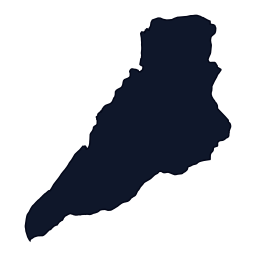 Nga, Oudômxai, Laos
{"feature_id": "54806243B37529885966132", "entity_name": "Nga", "entity_type": "district", "adm_level": 2, "iso_a3": "LAO", "parent_name": "Laos", "parent_adm1": "Oudômxai", "projection": "albers", "projection_center": [101.853, 20.179], "detail": "fine", "context": "isolated", "style": "filled", "palette": "ink", "viewbox_px": 256, "rotation_deg": 0, "n_neighbors": 0, "source": "geoboundaries", "source_scale": "gbopen_adm2", "svg_char_len": 5762}
<svg xmlns="http://www.w3.org/2000/svg" viewBox="0 0 256 256"><path d="M82.9,146.3L79.8,150.0L77.9,151.7L75.4,154.1L74.7,155.0L73.6,156.9L72.1,159.4L71.5,160.4L70.7,161.3L69.4,163.1L68.5,164.8L67.0,167.1L65.0,169.8L63.5,171.5L62.9,172.3L61.4,174.2L60.2,176.1L58.8,178.1L54.5,183.6L53.6,184.9L51.8,188.1L50.2,190.6L48.6,190.9L45.9,193.3L44.8,194.0L42.6,196.1L41.9,196.9L41.0,197.7L39.7,199.1L38.2,200.3L36.0,202.5L34.1,204.6L32.6,206.0L31.8,207.2L30.9,208.7L29.3,211.9L27.5,214.5L27.0,215.9L26.4,218.9L25.4,226.0L25.5,227.4L25.8,228.8L26.0,231.1L27.8,236.9L29.4,239.9L30.0,240.6L30.2,239.8L30.4,239.3L30.6,239.1L32.0,238.3L32.8,237.6L33.2,237.5L33.6,237.1L34.5,236.7L36.3,236.1L37.9,235.7L40.5,235.6L42.1,235.6L42.8,235.5L43.9,234.9L44.9,234.1L46.2,232.9L47.2,231.8L48.8,230.2L49.7,229.6L50.2,229.4L50.4,229.5L51.3,228.7L51.9,227.8L52.4,227.5L53.7,226.2L54.2,225.9L54.6,225.8L55.3,225.3L57.2,224.8L57.7,223.9L58.8,222.5L59.2,222.0L60.0,221.4L60.7,221.0L61.1,220.5L62.2,220.2L62.8,219.4L63.4,217.9L64.8,216.3L65.3,215.8L66.3,215.4L68.3,214.2L69.6,213.7L70.5,213.5L71.0,213.6L71.7,213.9L72.7,214.1L73.8,214.6L75.7,215.0L77.4,214.9L78.8,214.6L79.5,214.7L80.6,214.7L81.9,214.3L82.9,214.3L84.8,214.2L85.6,214.3L86.7,214.1L88.4,214.2L88.8,214.3L89.5,214.4L90.4,214.3L91.5,214.0L93.4,213.1L93.8,213.0L94.6,212.9L97.0,212.1L97.8,211.7L98.7,211.1L99.7,210.2L100.6,209.8L101.1,209.7L102.1,209.5L104.8,209.3L105.0,209.3L107.9,210.2L108.3,210.2L108.7,210.2L109.4,210.1L110.0,210.1L110.8,210.0L111.7,209.6L114.5,208.0L115.6,207.3L115.9,207.1L117.1,206.4L118.2,205.6L118.6,205.2L119.6,204.5L120.9,203.5L121.8,203.0L122.4,202.6L124.1,202.0L124.8,201.9L127.3,201.3L128.4,200.8L129.2,200.2L130.4,198.9L130.8,198.2L131.0,198.0L131.5,197.7L132.0,197.3L132.3,197.2L132.6,196.9L133.4,196.4L134.4,195.9L135.1,195.4L135.4,195.0L135.8,194.4L136.2,193.7L136.6,192.7L136.8,192.4L137.3,191.2L138.7,189.6L139.4,188.5L140.1,187.2L140.4,186.8L142.7,184.2L143.2,183.5L143.8,182.7L144.5,182.1L150.0,178.9L150.6,178.5L154.1,175.2L155.0,174.5L157.5,173.2L158.4,172.2L158.6,171.8L158.9,171.5L160.7,171.2L161.4,171.4L162.4,171.8L162.8,172.2L163.9,172.6L164.8,172.6L167.0,172.2L167.9,172.2L168.6,172.2L170.9,173.1L172.6,173.8L174.6,174.5L175.5,174.5L176.3,174.4L177.4,174.1L181.7,173.6L182.4,173.3L183.4,172.4L184.8,171.7L186.6,170.2L187.3,169.1L187.7,167.4L188.0,166.9L188.5,166.5L189.7,166.2L190.7,165.8L192.3,164.9L193.3,164.5L195.5,164.0L196.5,163.6L197.0,163.2L197.8,162.4L199.0,161.7L200.0,161.3L201.8,160.8L203.9,160.3L210.0,159.4L210.1,159.1L210.1,157.3L210.2,155.0L210.6,153.7L211.1,152.8L212.6,151.2L213.1,150.1L213.3,148.3L213.6,147.6L214.0,147.1L215.2,146.7L217.3,146.0L217.5,145.5L217.5,143.0L217.7,142.3L218.4,141.5L219.3,140.8L220.4,140.5L222.1,140.3L222.7,140.2L223.7,139.8L224.9,139.0L226.0,138.0L227.0,137.6L228.1,136.9L228.5,136.3L228.7,135.6L228.8,133.8L228.9,133.2L229.1,132.2L229.0,131.4L229.5,129.7L230.5,127.1L230.6,126.0L230.3,124.4L229.8,123.3L228.5,122.2L228.3,121.5L228.2,120.5L228.1,120.1L224.8,116.4L217.9,109.2L217.6,108.7L217.4,107.9L217.3,105.9L217.1,105.1L216.1,103.1L215.4,102.6L214.3,100.7L213.1,99.2L211.6,96.5L211.0,94.2L211.2,91.7L211.6,90.9L211.8,88.4L211.8,86.3L212.2,85.3L214.3,80.9L216.6,76.8L217.2,75.3L218.0,73.9L218.6,73.3L220.8,70.1L220.9,69.7L220.7,69.3L220.0,68.9L217.5,67.4L217.2,67.0L217.1,65.7L216.3,64.6L215.7,63.4L215.0,62.7L214.6,62.5L212.1,62.5L210.6,62.6L209.8,62.5L209.2,62.2L208.8,61.7L208.3,60.9L208.0,60.0L208.0,59.1L208.5,57.6L209.2,55.9L210.2,53.8L210.5,52.5L211.2,45.6L211.1,44.3L210.7,42.8L210.4,40.3L210.6,38.6L211.0,36.8L211.5,36.1L214.5,33.5L215.0,32.7L215.3,31.8L215.5,30.9L215.7,28.1L214.7,25.5L213.4,24.8L211.8,24.5L210.2,24.1L210.0,21.2L207.6,20.2L203.8,18.1L203.2,17.7L202.9,17.7L202.4,17.6L200.1,16.4L196.9,15.4L195.2,15.4L192.9,15.7L190.4,15.8L186.9,16.6L177.5,17.4L174.4,18.5L172.0,19.7L169.1,20.0L166.4,20.1L163.0,19.4L160.3,18.2L158.1,18.1L152.4,20.1L151.7,21.4L151.2,22.4L150.6,26.2L150.1,27.0L149.6,27.9L149.1,28.4L149.0,28.7L149.3,29.1L149.3,29.4L149.0,30.3L148.3,30.2L147.6,29.5L147.2,28.8L146.9,28.8L146.6,28.9L146.5,29.1L145.9,30.0L145.4,30.1L145.3,30.3L145.5,31.2L145.4,31.4L145.3,31.5L144.6,31.7L144.4,31.8L144.5,32.2L144.7,32.6L144.6,32.8L144.2,32.7L143.5,32.2L142.9,32.2L142.3,32.0L141.6,32.0L141.1,32.9L141.3,33.3L141.2,33.6L140.8,33.6L140.9,34.7L141.5,37.9L141.6,40.3L141.8,42.5L141.7,44.6L141.9,47.2L141.9,49.3L141.5,53.1L141.7,54.5L141.8,55.5L141.6,56.9L141.6,58.2L141.1,58.5L140.9,58.9L140.7,60.1L140.6,61.0L140.0,64.3L140.2,64.6L141.1,65.3L141.7,65.5L143.1,66.4L142.9,68.5L142.5,69.9L142.1,70.4L141.6,70.5L141.3,70.7L140.9,71.3L140.4,71.7L139.9,71.8L139.1,71.8L138.5,71.5L138.3,71.2L138.2,70.7L137.9,70.3L136.7,69.9L135.9,69.5L134.6,69.4L132.0,68.9L131.1,69.3L130.4,70.1L129.8,71.2L129.8,71.9L130.3,72.9L130.3,74.0L130.3,75.7L129.8,77.1L128.2,78.2L124.5,79.7L123.6,80.9L123.2,82.6L122.9,84.6L122.1,86.6L121.0,87.8L117.9,89.4L116.4,90.4L115.5,91.8L115.4,94.6L114.9,96.8L114.0,97.9L113.3,99.5L112.8,100.9L112.0,102.2L110.9,103.3L109.9,103.9L106.3,105.2L105.3,105.7L103.6,107.3L103.1,108.2L102.4,109.1L102.1,109.8L102.0,110.5L101.7,110.8L101.1,110.9L100.9,111.1L100.8,111.3L100.9,111.9L100.9,112.0L100.7,112.1L99.9,112.2L98.3,113.7L97.9,114.3L97.9,115.3L97.8,115.7L97.3,116.3L96.6,116.7L96.4,116.9L96.4,117.2L96.7,117.8L96.8,118.1L96.8,119.3L97.3,120.3L97.3,121.6L97.2,123.8L97.0,124.5L96.4,125.2L94.3,126.5L93.6,127.3L93.4,128.8L92.9,130.2L92.3,131.3L90.8,133.3L90.3,134.5L90.1,139.3L89.9,141.9L89.9,142.9L89.6,144.7L89.2,146.2L88.5,147.5L87.7,148.7L87.4,148.7L86.5,149.2L86.3,149.2L86.1,149.1L85.9,148.5L86.2,147.4L86.1,147.2L85.5,147.0L84.9,147.1L84.9,146.9L85.0,146.8L85.4,146.5L85.4,146.3L85.3,146.2L85.1,146.1L84.3,146.2L83.4,146.5L82.9,146.3Z" fill="#0f172a" stroke="#020617" stroke-width="1.5"/></svg>